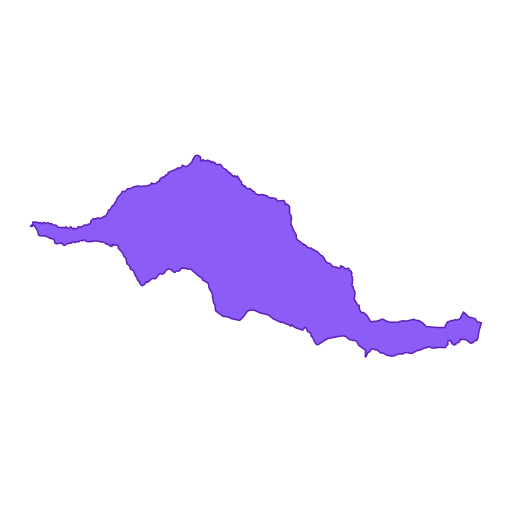 outline of Arbeláez, Cundinamarca, Colombia
{"feature_id": "7082276B25654639268061", "entity_name": "Arbeláez", "entity_type": "district", "adm_level": 2, "iso_a3": "COL", "parent_name": "Colombia", "parent_adm1": "Cundinamarca", "projection": "natural_earth1", "projection_center": [-74.432, 4.234], "detail": "fine", "context": "isolated", "style": "filled", "palette": "violet", "viewbox_px": 512, "rotation_deg": 0, "n_neighbors": 0, "source": "geoboundaries", "source_scale": "gbopen_adm2", "svg_char_len": 6057}
<svg xmlns="http://www.w3.org/2000/svg" viewBox="0 0 512 512"><path d="M142.2,285.8L144.7,284.3L145.9,282.2L147.5,282.4L150.2,280.2L151.4,278.8L152.3,278.5L155.2,278.8L156.7,277.5L158.2,275.2L160.0,273.5L161.9,274.2L164.4,273.2L165.5,270.8L168.0,269.0L168.8,268.9L171.0,269.7L174.0,272.2L174.9,272.4L176.7,270.9L178.6,271.1L179.7,270.6L181.2,268.3L183.4,268.3L184.5,268.6L186.1,268.3L187.6,269.1L190.6,269.0L198.7,276.1L201.9,277.9L202.6,279.9L207.7,282.9L208.3,283.6L209.1,288.1L212.5,294.2L212.5,297.7L213.2,299.2L213.1,300.5L213.6,302.6L215.0,305.2L215.5,310.6L219.1,313.6L221.4,314.9L222.6,316.2L228.5,317.1L231.3,318.6L239.1,320.3L240.0,320.1L244.0,316.1L246.5,312.4L248.5,310.6L251.5,310.0L254.8,310.4L259.8,312.8L268.5,315.0L273.4,318.9L280.5,322.2L282.9,322.4L287.4,324.4L288.8,324.6L290.7,326.1L291.3,326.0L291.9,324.8L292.2,324.9L294.1,326.9L296.2,328.0L302.6,330.1L304.7,327.8L306.3,327.5L307.0,330.4L308.1,331.7L311.0,333.5L311.1,336.0L312.8,337.7L314.2,341.2L316.3,344.3L317.1,344.7L318.1,344.7L323.6,341.0L327.8,338.6L340.9,336.0L343.8,336.0L345.5,336.4L348.4,338.5L349.1,339.5L356.2,340.9L357.4,342.6L358.3,344.8L359.3,345.7L365.4,350.2L365.4,354.9L365.1,356.2L365.6,356.8L366.0,356.6L367.8,352.7L369.6,351.8L371.0,349.7L372.2,348.8L375.8,349.9L377.3,349.9L380.3,352.8L384.2,353.4L386.4,355.1L391.8,356.2L395.4,355.5L397.1,354.4L399.5,353.8L402.5,354.1L404.7,352.7L408.2,352.6L409.4,353.3L412.1,353.3L417.3,350.5L419.4,350.3L425.7,347.6L427.0,347.7L428.8,346.6L431.1,347.7L433.1,348.1L434.6,348.1L435.5,347.5L436.8,348.0L437.0,347.6L438.5,347.4L445.5,347.6L446.4,345.7L447.9,344.6L448.0,343.4L447.6,342.4L447.9,341.4L449.5,340.2L450.2,340.9L450.9,341.1L451.1,342.2L451.7,342.1L451.7,342.9L452.3,344.0L454.4,345.0L454.7,344.3L455.8,344.4L456.2,343.0L458.0,342.7L459.4,341.8L460.5,339.1L461.4,339.7L462.8,339.2L467.0,340.1L467.9,341.3L469.1,341.8L470.0,342.9L471.4,343.2L473.2,342.4L475.0,340.6L476.6,340.5L477.1,339.7L477.8,338.0L479.1,330.7L481.3,322.8L477.2,321.8L475.6,319.1L474.5,318.6L468.0,316.7L467.3,315.5L463.6,312.1L463.2,312.2L462.6,314.1L461.3,316.0L460.2,318.7L456.7,320.1L455.3,319.6L453.3,320.6L452.2,320.4L447.6,321.9L445.3,325.5L445.1,327.6L437.1,327.5L426.2,326.6L422.9,323.0L419.2,320.7L415.8,320.2L413.8,319.3L406.3,321.1L402.9,320.8L399.6,321.5L398.1,322.3L389.5,322.2L387.2,321.3L386.2,321.3L385.6,320.6L382.7,319.1L380.7,319.6L380.1,320.5L379.2,320.3L376.9,321.2L373.2,321.4L372.1,321.9L370.4,321.2L369.8,320.8L369.6,319.8L367.1,315.8L365.2,313.7L363.4,312.4L361.7,312.8L360.1,310.7L359.2,307.9L359.3,306.1L359.1,305.3L357.2,305.1L356.8,303.3L354.6,299.9L354.2,298.0L354.7,296.9L355.0,292.1L353.6,289.3L353.4,287.6L351.8,284.6L352.5,283.2L352.3,280.9L352.6,280.0L352.3,277.4L351.4,274.6L352.0,273.2L351.3,272.3L351.1,271.2L349.5,270.6L349.1,268.9L348.3,268.2L345.3,268.9L343.0,266.7L341.4,266.3L341.0,265.8L340.5,266.0L340.8,267.0L339.4,268.1L338.3,268.0L337.2,267.3L332.8,266.7L330.4,263.8L326.2,262.2L323.1,256.5L322.0,255.7L321.0,255.5L317.1,251.4L314.9,250.8L314.1,249.8L312.9,249.5L311.0,248.0L309.4,248.1L307.6,247.4L305.0,244.7L304.1,244.6L303.5,243.9L302.4,243.8L299.5,241.1L297.6,240.0L296.4,238.2L296.2,234.8L293.2,229.6L291.8,225.6L290.9,224.5L291.1,220.0L291.4,219.5L291.5,217.8L291.0,215.4L289.7,213.7L289.6,212.3L289.1,211.5L289.7,210.7L289.5,206.6L288.1,204.9L286.6,204.0L285.3,204.6L285.0,202.5L284.3,200.9L283.3,200.5L278.1,201.0L277.3,200.6L275.9,198.6L272.4,197.9L271.3,198.3L270.8,197.7L269.1,197.6L266.6,195.6L264.6,195.3L263.9,194.8L261.3,194.5L259.3,195.0L256.3,194.1L255.1,193.4L254.4,191.7L252.6,190.9L250.3,188.7L248.0,188.7L246.1,188.0L244.9,185.8L243.8,186.3L243.3,186.0L242.8,184.7L241.6,184.4L241.5,182.0L239.4,179.6L239.0,178.4L237.8,177.8L237.9,176.5L237.6,176.1L236.4,177.1L235.1,175.8L234.0,175.9L233.6,176.5L233.0,176.4L231.3,174.1L230.3,173.7L229.8,172.6L228.4,172.1L226.0,169.6L222.8,167.8L220.7,164.6L219.4,164.3L216.9,164.6L215.6,163.9L215.0,162.7L213.5,162.3L212.4,161.5L211.2,162.8L210.2,161.1L207.7,160.2L207.3,160.1L205.7,161.3L203.2,159.7L201.2,161.3L200.3,156.8L197.6,155.2L195.2,155.8L193.8,157.7L193.4,158.9L192.5,159.9L192.1,161.8L191.3,162.5L191.2,163.1L189.6,164.1L188.6,165.6L187.5,165.8L185.8,166.7L182.6,165.3L182.2,165.4L181.3,167.4L180.6,168.0L177.7,167.9L176.0,169.5L175.0,169.3L173.8,170.3L168.1,172.4L168.0,173.9L167.5,174.8L165.8,174.9L164.4,176.9L162.1,177.3L159.9,179.3L159.3,181.3L157.9,181.6L156.6,182.8L154.8,183.8L153.6,183.8L151.5,183.0L150.4,185.0L147.6,185.5L145.8,186.5L144.4,185.9L140.4,186.6L138.8,185.9L137.0,186.1L133.1,187.0L130.2,188.7L127.7,188.6L125.2,191.6L122.4,191.3L121.1,193.9L118.3,196.6L116.7,199.4L116.3,201.2L114.7,202.9L114.2,204.9L113.7,205.4L112.5,205.5L109.9,209.9L108.5,210.1L107.7,213.1L106.5,214.4L106.0,216.1L104.2,216.2L102.9,217.3L101.4,217.7L100.3,218.5L97.3,217.9L96.5,218.6L93.2,218.8L91.0,220.8L90.5,223.2L89.8,224.0L88.1,224.2L86.9,225.1L84.5,225.0L81.2,227.1L78.4,226.6L77.2,228.2L75.4,229.1L74.8,228.9L74.1,228.1L72.5,229.0L70.8,226.7L68.7,228.4L67.7,228.4L66.3,226.8L64.8,227.8L63.9,227.4L59.6,227.6L57.6,226.8L56.1,225.2L53.4,225.1L51.5,223.6L49.6,223.8L48.0,222.7L46.1,223.4L43.8,222.4L43.1,222.6L42.0,223.9L40.3,222.5L38.3,223.0L37.0,222.2L32.9,222.0L32.8,222.4L33.3,222.8L33.1,223.5L30.7,226.3L31.9,226.5L33.5,225.2L34.3,225.6L37.7,231.1L38.2,234.1L39.4,235.7L46.0,236.2L50.1,238.3L53.7,239.2L54.2,240.0L54.9,242.9L56.2,243.8L61.3,243.1L63.9,245.4L64.8,245.4L66.4,244.1L69.0,243.2L70.7,243.3L73.0,241.8L73.8,241.8L74.4,242.6L74.9,242.6L76.0,241.8L78.5,241.9L80.5,240.4L82.7,240.8L83.6,239.9L84.3,239.8L85.7,241.0L86.9,241.6L90.5,241.7L96.5,240.8L98.5,241.5L99.8,241.4L100.8,242.1L103.1,241.9L104.9,242.8L106.2,244.0L108.3,244.5L109.7,245.8L111.0,246.4L111.8,246.4L112.4,245.8L112.2,244.6L112.5,244.3L114.6,245.3L116.8,244.8L118.4,246.4L118.3,248.2L122.5,252.8L123.6,255.1L123.7,256.0L125.9,258.2L127.0,263.9L129.4,265.6L130.6,269.3L132.3,269.9L133.5,270.8L135.6,276.2L136.9,277.4L137.1,278.8L138.0,280.7L139.5,281.2L139.6,283.2L141.1,285.1L142.2,285.8Z" fill="#8b5cf6" stroke="#5b21b6" stroke-width="1.5"/></svg>